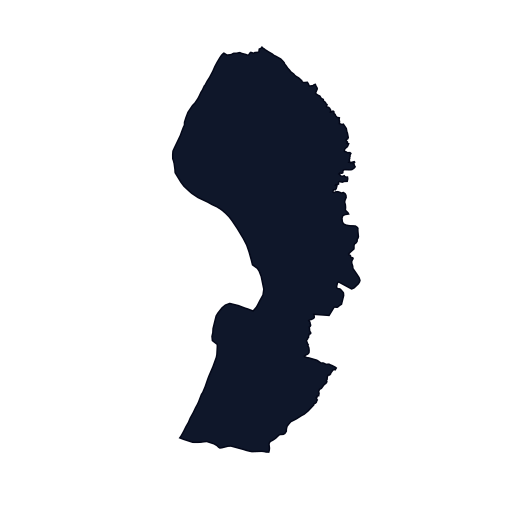 the district of Kang Meas, Kâmpóng Cham, Cambodia, rotated 111°
{"feature_id": "14789045B63152664596772", "entity_name": "Kang Meas", "entity_type": "district", "adm_level": 2, "iso_a3": "KHM", "parent_name": "Cambodia", "parent_adm1": "Kâmpóng Cham", "projection": "natural_earth1", "projection_center": [105.15, 11.935], "detail": "fine", "context": "isolated", "style": "filled", "palette": "ink", "viewbox_px": 512, "rotation_deg": 111, "n_neighbors": 0, "source": "geoboundaries", "source_scale": "gbopen_adm2", "svg_char_len": 6075}
<svg xmlns="http://www.w3.org/2000/svg" viewBox="0 0 512 512"><g transform="rotate(111 256 256)"><path d="M58.9,325.3L59.9,325.5L61.0,326.4L61.6,327.1L62.8,326.9L64.1,326.4L64.7,326.7L65.3,327.5L66.0,329.1L66.6,330.2L67.6,330.7L67.7,333.8L68.4,334.3L70.9,334.9L71.5,335.4L71.5,337.8L72.0,342.0L71.9,344.0L72.5,345.0L73.7,346.8L74.7,349.4L75.7,350.4L76.7,351.1L77.6,352.7L78.8,355.1L78.1,358.7L78.9,359.2L80.9,360.1L83.9,360.8L89.1,361.7L94.0,362.3L98.9,362.5L105.8,363.3L110.1,364.2L115.0,364.8L115.7,365.2L120.3,365.5L122.8,366.0L127.0,366.3L129.7,366.6L135.0,367.8L138.3,369.2L146.2,371.0L151.9,371.0L156.7,370.7L159.5,369.7L161.8,369.9L166.6,369.9L170.6,369.8L184.4,370.9L187.8,371.1L191.2,370.1L195.0,368.6L196.5,367.3L198.9,365.6L204.2,362.7L206.7,361.6L207.3,361.2L214.0,352.5L216.7,348.2L219.3,341.7L220.5,338.5L222.2,331.0L223.0,320.2L223.7,315.7L224.1,309.7L224.5,308.1L224.7,306.7L225.4,304.1L226.9,299.8L229.0,295.2L231.6,291.0L237.1,283.2L244.2,274.1L249.1,268.6L254.7,263.9L261.6,258.8L265.5,256.1L267.0,250.4L268.9,247.7L273.2,243.8L284.2,236.8L289.9,235.5L296.4,236.4L301.2,236.9L303.7,237.3L308.4,239.0L308.4,244.7L308.6,247.7L308.6,254.6L309.7,263.5L312.8,267.0L316.5,269.1L322.9,271.1L326.3,271.7L332.8,270.9L339.1,270.1L343.1,268.8L346.8,268.3L350.6,266.4L352.4,260.5L354.6,259.6L362.0,257.2L364.8,256.7L374.7,256.5L384.9,256.9L387.9,256.9L396.2,256.6L402.6,256.8L404.7,257.3L413.0,257.3L415.7,257.5L419.2,258.0L424.5,258.4L431.0,259.3L435.4,259.4L440.4,260.2L445.0,260.6L448.2,261.0L451.3,261.5L453.1,262.0L453.1,258.1L452.8,252.2L452.6,248.5L452.1,246.9L450.9,243.8L449.6,240.8L448.3,238.5L446.8,235.5L446.4,227.9L447.0,224.4L447.9,222.4L448.2,220.9L447.2,219.1L443.6,214.0L442.4,211.3L441.1,198.6L440.9,195.1L440.5,192.0L440.1,189.7L436.3,180.8L435.6,178.2L435.4,176.4L434.5,173.8L432.6,174.0L430.5,174.6L426.7,176.6L424.5,176.4L423.7,175.9L421.9,174.3L419.9,172.9L418.4,172.0L417.0,171.4L414.8,170.3L414.2,169.8L412.7,166.6L411.4,165.5L408.8,164.9L406.7,165.6L403.9,166.0L400.8,165.1L398.3,164.2L393.5,159.9L388.5,156.2L386.5,154.4L381.9,151.8L374.3,148.7L373.5,149.0L372.5,148.3L372.1,147.8L370.9,147.3L369.2,147.4L368.4,147.2L368.0,147.9L367.3,148.4L366.9,149.0L365.7,148.4L365.0,148.8L364.4,148.3L364.0,147.4L363.3,147.6L362.0,147.8L361.4,148.0L360.4,148.9L359.2,149.0L357.7,148.9L356.6,147.9L356.0,147.5L351.9,146.4L351.2,145.9L350.6,145.8L350.2,145.3L349.6,145.1L349.0,144.8L347.7,144.9L347.4,145.6L346.6,145.6L345.8,145.4L343.3,146.1L342.5,146.1L341.2,145.9L341.0,145.1L340.6,144.6L339.9,144.4L339.3,144.1L338.6,144.3L334.9,143.3L333.9,142.2L333.9,141.3L331.8,140.9L331.4,142.2L331.0,145.8L331.0,147.8L330.8,149.1L332.3,152.3L331.9,152.8L331.8,154.8L332.0,155.6L332.5,156.2L332.5,157.2L332.5,157.9L332.2,158.5L332.1,159.3L331.8,160.0L331.7,161.0L331.5,161.6L331.5,162.3L332.2,170.4L332.5,171.2L332.6,172.0L332.6,174.7L332.0,175.0L330.1,173.6L329.1,172.6L327.3,171.9L325.5,172.4L323.8,173.2L322.3,174.1L321.6,175.2L320.8,175.5L320.2,175.4L319.1,176.8L318.4,177.3L317.0,178.6L316.1,178.5L314.7,178.1L314.0,178.2L312.8,177.8L312.1,178.3L310.8,178.2L310.2,178.5L309.6,178.1L309.1,177.3L308.5,177.2L307.8,177.6L307.3,178.4L306.8,179.0L303.2,180.8L302.2,180.2L301.3,180.1L300.4,180.6L299.5,181.4L298.8,181.7L298.1,182.4L297.8,183.0L297.3,183.7L296.2,182.8L295.3,181.4L294.4,180.7L293.7,180.0L293.0,179.7L292.4,179.6L291.3,180.1L289.8,181.3L286.3,169.9L285.3,166.5L276.0,164.8L275.5,164.3L274.8,161.9L274.3,161.4L272.1,160.2L270.4,158.9L261.5,160.0L259.2,161.1L258.7,161.7L257.2,164.5L256.7,165.8L256.8,166.6L257.1,167.3L257.1,168.1L257.0,168.8L256.5,169.4L255.5,169.8L254.4,170.0L253.4,170.1L252.4,170.3L251.4,170.1L250.6,169.6L252.5,154.9L250.6,153.0L245.3,150.5L243.2,150.1L241.5,150.2L239.2,152.1L236.6,155.7L232.9,161.1L230.8,162.1L228.6,163.9L227.0,164.7L224.9,164.7L223.8,164.4L223.2,164.7L223.0,165.3L223.3,166.1L223.3,166.9L221.9,167.9L221.6,168.6L221.6,169.7L220.9,170.3L218.6,169.3L214.3,167.1L212.8,167.6L211.2,168.3L209.0,168.3L208.6,167.7L207.6,167.2L205.9,166.9L204.2,167.5L202.9,167.2L201.3,167.3L196.9,169.5L194.9,170.4L193.6,170.8L193.0,171.7L192.4,173.9L193.0,176.0L193.9,178.4L194.4,180.4L194.9,183.1L194.6,185.9L193.0,187.7L189.9,189.3L187.2,189.4L185.4,187.7L183.6,184.6L182.7,185.6L181.2,189.0L178.5,189.8L176.2,190.9L173.9,192.6L171.8,192.9L169.1,192.8L167.1,193.8L165.9,195.2L165.4,197.2L166.7,198.9L166.5,200.3L166.6,202.6L167.5,204.5L168.9,205.9L168.6,207.2L167.8,207.4L166.3,207.4L165.7,205.6L164.1,205.3L161.6,205.6L161.5,207.3L160.6,207.1L160.3,205.7L159.2,204.7L157.6,205.4L156.5,204.8L156.4,203.2L156.0,201.6L154.9,200.6L153.6,197.6L151.1,198.0L149.5,198.9L150.1,200.2L150.0,201.6L149.4,202.4L150.8,204.0L150.9,205.7L150.1,206.8L149.7,208.1L148.6,207.6L148.0,205.5L147.2,204.8L145.7,205.3L144.4,205.2L143.6,204.1L141.8,199.0L141.0,197.5L139.1,196.1L137.2,195.4L135.9,197.0L135.1,197.3L135.1,198.5L133.1,197.5L132.7,198.1L134.6,200.7L135.3,200.8L134.7,201.9L135.1,202.8L134.1,202.5L132.7,203.5L131.5,203.4L130.1,204.0L129.3,203.9L128.0,204.4L126.2,204.2L125.8,205.4L126.8,207.7L126.5,209.1L126.6,210.9L125.4,211.4L123.9,211.4L121.2,209.9L120.1,209.8L118.0,209.7L118.1,211.6L116.9,211.4L116.4,212.2L116.0,213.3L115.3,213.5L114.5,213.1L113.8,212.4L112.4,212.3L108.5,214.7L107.4,215.7L104.6,217.4L101.6,221.7L102.1,222.3L102.5,223.2L102.5,225.6L100.3,226.3L99.1,227.2L97.1,227.7L97.5,229.8L97.3,230.6L96.8,231.6L95.4,233.0L95.2,234.1L93.3,235.1L93.1,236.1L94.1,236.9L94.9,237.4L95.1,238.1L93.2,238.4L91.7,240.2L91.2,241.5L91.5,242.8L91.3,243.8L89.2,243.9L88.8,245.2L87.8,246.2L87.3,247.6L87.2,248.5L85.7,249.3L85.5,251.5L83.8,253.7L83.6,256.1L83.2,257.7L82.6,258.8L78.0,258.7L76.9,259.5L76.1,260.7L74.5,262.1L75.2,263.1L76.5,263.8L78.0,266.6L78.1,267.4L76.8,268.5L75.4,270.3L77.1,273.8L76.9,275.3L75.7,276.4L75.6,277.4L75.1,278.2L74.4,280.1L74.0,282.7L73.5,284.5L72.6,286.0L71.6,289.5L70.4,291.4L69.3,293.7L67.5,296.3L66.6,298.0L65.5,298.9L64.6,300.5L63.2,303.5L62.4,309.2L62.3,311.2L61.6,313.1L60.8,318.2L60.4,319.8L60.3,321.0L59.7,322.5L59.6,323.6L58.9,325.3Z" fill="#0f172a" stroke="#020617" stroke-width="1.5"/></g></svg>